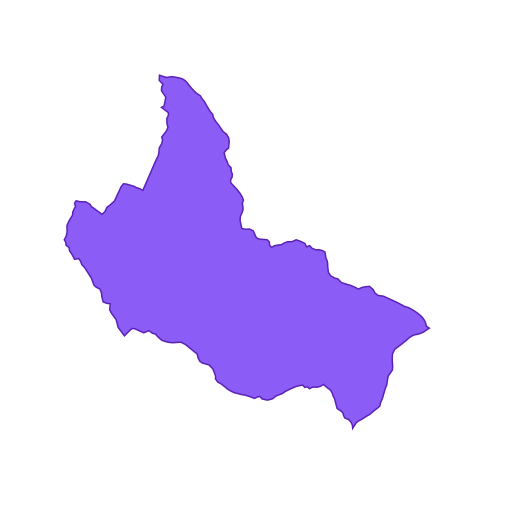 Penápolis, São Paulo, Brazil (Albers equal-area conic projection), rotated 113°
{"feature_id": "56859067B20173469522033", "entity_name": "Penápolis", "entity_type": "district", "adm_level": 2, "iso_a3": "BRA", "parent_name": "Brazil", "parent_adm1": "São Paulo", "projection": "albers", "projection_center": [-50.11, -21.392], "detail": "fine", "context": "isolated", "style": "filled", "palette": "violet", "viewbox_px": 512, "rotation_deg": 113, "n_neighbors": 0, "source": "geoboundaries", "source_scale": "gbopen_adm2", "svg_char_len": 3683}
<svg xmlns="http://www.w3.org/2000/svg" viewBox="0 0 512 512"><g transform="rotate(113 256 256)"><path d="M316.0,438.8L317.8,436.4L320.3,435.1L321.3,431.4L324.3,429.4L325.6,427.1L329.9,421.7L327.7,418.3L329.0,415.9L332.0,412.9L333.8,408.9L336.1,405.6L337.8,403.1L340.8,398.8L346.2,393.7L347.2,390.7L347.4,386.7L350.6,383.7L353.4,382.2L358.0,378.7L357.9,374.9L356.9,371.5L362.6,369.7L364.7,367.3L366.5,364.5L369.1,360.0L375.6,355.0L380.9,345.9L373.1,342.8L370.9,341.3L370.3,338.6L370.4,335.6L370.6,329.4L366.5,325.3L367.6,321.3L367.2,318.1L369.0,314.1L370.4,309.7L370.1,305.8L369.7,303.0L368.6,299.3L366.6,295.2L364.7,291.5L365.0,286.6L369.2,271.9L372.7,269.2L374.9,266.5L375.5,263.5L374.6,256.8L376.8,251.5L382.2,246.4L385.0,245.2L387.0,241.9L387.4,237.8L388.7,233.2L389.6,230.4L390.2,226.3L390.3,222.4L389.6,218.2L389.3,215.4L388.4,212.0L387.8,206.6L387.7,201.7L385.2,199.6L383.7,197.5L385.2,194.6L384.7,191.7L384.2,189.1L381.0,185.0L377.0,182.8L374.8,180.6L372.3,178.0L369.0,175.9L364.4,171.9L360.4,168.1L358.3,165.2L356.6,162.6L357.9,159.8L356.3,157.7L357.3,155.0L354.5,152.6L352.8,148.3L350.8,145.8L347.9,143.7L349.2,139.7L350.4,135.0L352.3,132.4L354.7,130.3L356.6,128.0L364.7,121.7L365.4,117.6L366.4,114.8L368.5,113.2L370.4,111.0L370.4,106.7L372.0,103.4L374.3,101.0L376.8,99.7L370.0,98.5L367.1,96.6L364.9,94.8L359.8,91.3L357.4,89.4L351.5,86.5L349.1,85.0L345.8,83.4L342.5,84.0L337.5,84.0L327.9,85.2L323.5,85.3L319.0,86.5L314.7,87.4L311.1,86.6L307.7,85.9L304.1,87.1L301.2,88.6L297.8,90.3L292.7,92.1L287.6,91.8L279.6,87.2L275.4,84.9L271.1,82.9L268.4,81.0L266.5,79.1L264.4,75.9L261.0,72.4L254.7,68.3L254.1,71.7L251.3,73.8L249.4,75.9L247.6,78.7L246.5,81.3L245.3,85.9L244.7,88.7L244.2,92.6L243.9,95.7L244.4,99.3L243.7,106.7L243.2,123.0L244.6,128.2L243.5,132.2L241.2,134.9L239.6,139.7L241.5,143.2L243.3,145.8L246.5,149.0L246.1,152.5L246.1,157.7L246.6,161.6L246.8,164.3L247.1,167.2L245.0,171.7L245.6,175.1L245.0,179.7L242.7,183.0L238.0,185.7L234.6,187.3L232.4,188.8L230.5,190.9L227.7,192.6L225.4,194.1L225.1,196.9L225.5,200.3L227.0,203.4L227.0,207.4L225.5,210.7L227.8,213.0L225.3,216.0L225.1,220.8L225.4,225.4L228.7,228.4L230.5,232.5L233.1,235.2L235.8,237.1L237.3,240.1L239.5,243.2L242.0,244.9L240.7,247.8L237.8,249.2L236.7,252.2L238.1,256.4L239.2,259.8L239.0,262.9L236.9,265.2L233.9,268.3L233.7,272.7L235.5,276.0L236.2,279.9L232.5,282.4L229.4,284.6L225.9,285.8L221.4,285.8L218.1,286.1L215.4,287.5L213.1,289.1L209.5,289.4L207.3,291.5L204.8,294.8L202.1,299.5L199.8,304.8L198.6,307.6L196.1,309.1L192.9,308.8L190.0,309.7L187.7,311.9L184.6,313.4L182.7,317.4L180.0,319.8L177.8,322.5L173.2,325.8L169.8,324.7L167.5,323.4L164.6,324.3L161.0,325.4L157.9,327.4L155.4,330.7L154.4,334.7L152.2,338.3L150.0,341.6L147.8,345.7L145.3,349.2L142.5,351.3L141.1,354.2L138.6,357.8L136.4,360.8L133.9,364.0L132.1,367.5L130.3,369.8L129.4,374.3L128.0,378.2L126.2,382.0L124.6,385.0L123.3,387.2L122.3,389.7L121.7,392.8L122.0,395.6L122.7,399.3L123.8,403.6L126.5,407.9L127.0,411.7L127.3,415.5L132.1,413.7L134.4,408.6L137.1,408.9L140.8,407.6L142.8,404.5L145.0,401.1L150.0,400.0L153.9,399.2L156.1,401.1L158.3,392.6L161.1,391.6L164.4,391.8L168.9,389.7L172.0,387.3L175.9,387.3L179.5,388.3L183.4,389.3L185.8,387.3L189.5,386.7L194.3,387.3L198.4,385.9L202.0,385.1L205.8,385.5L239.8,385.8L239.4,389.8L239.8,392.6L239.5,395.5L239.9,399.2L240.4,403.2L241.2,406.1L244.6,407.2L260.7,407.8L266.3,410.4L269.7,412.3L274.4,412.4L277.9,414.2L277.0,417.0L276.3,420.6L275.4,423.8L275.0,426.4L273.2,429.2L272.7,433.9L274.9,439.6L275.4,443.1L278.3,443.7L281.1,441.5L284.0,441.8L287.3,441.8L290.2,440.8L294.0,441.5L298.1,441.9L301.9,441.9L307.9,439.2L312.2,438.5L316.0,438.8Z" fill="#8b5cf6" stroke="#5b21b6" stroke-width="1.5"/></g></svg>